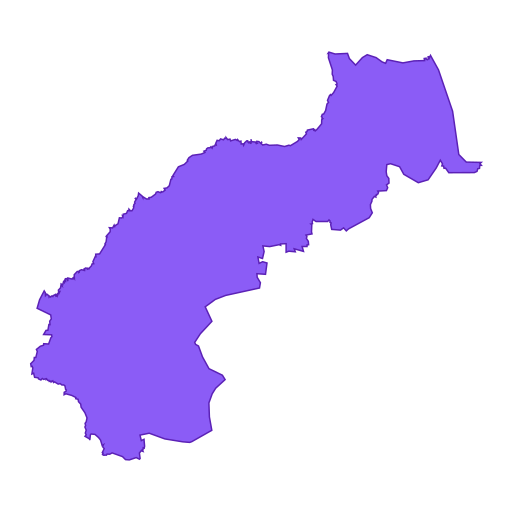 the district of Lanao del Norte, Lanao del Norte, Philippines
{"feature_id": "2640588B52014741175725", "entity_name": "Lanao del Norte", "entity_type": "district", "adm_level": 2, "iso_a3": "PHL", "parent_name": "Philippines", "parent_adm1": "Lanao del Norte", "projection": "equal_earth", "projection_center": [123.903, 8.014], "detail": "fine", "context": "isolated", "style": "filled", "palette": "violet", "viewbox_px": 512, "rotation_deg": 0, "n_neighbors": 0, "source": "geoboundaries", "source_scale": "gbopen_adm2", "svg_char_len": 5943}
<svg xmlns="http://www.w3.org/2000/svg" viewBox="0 0 512 512"><path d="M481.2,162.4L466.3,162.1L458.8,154.5L452.6,111.2L438.5,69.9L430.5,55.4L429.2,58.2L428.7,56.7L428.1,56.8L428.3,58.8L427.6,59.7L426.2,59.3L426.1,58.2L424.2,58.5L424.6,60.6L413.9,60.9L402.9,62.9L387.2,59.7L385.6,63.3L382.1,61.9L376.1,57.6L367.2,54.7L362.4,57.6L355.6,65.1L349.4,58.6L347.5,53.4L335.1,54.0L328.9,52.1L328.1,53.3L328.6,53.2L328.4,57.7L332.4,70.0L332.2,74.2L333.2,76.5L333.5,80.3L336.1,81.5L337.0,83.7L336.8,84.9L336.2,84.8L337.1,86.2L333.6,92.6L331.1,95.4L330.5,94.6L329.5,95.6L327.5,100.4L328.5,102.4L327.0,104.0L325.6,110.6L323.7,114.0L322.3,114.3L321.4,116.7L322.2,117.3L322.0,118.7L322.7,118.8L321.7,119.8L321.6,123.8L316.7,129.7L315.2,130.9L314.4,128.9L314.6,130.2L313.8,130.3L313.4,128.8L307.4,130.1L307.0,131.6L305.8,132.2L306.4,133.9L301.2,139.5L300.7,138.0L298.3,137.9L299.2,139.5L297.5,141.4L290.4,145.7L288.9,145.2L284.6,146.5L277.4,145.0L269.3,145.3L266.3,144.2L262.7,145.0L260.9,143.3L261.4,142.8L261.4,142.7L261.7,142.3L261.6,142.2L260.8,143.4L258.9,141.6L256.8,141.3L256.5,142.7L257.2,143.3L256.3,143.6L255.4,142.0L251.6,141.7L250.9,139.2L251.4,141.3L250.8,143.9L250.5,142.5L249.3,142.8L249.6,141.9L248.1,142.2L247.7,140.8L246.8,140.8L244.6,142.8L243.6,145.3L243.0,143.8L241.2,144.0L240.9,141.1L239.5,141.6L237.5,139.5L237.1,140.4L235.4,139.4L230.6,140.9L230.0,139.1L227.7,139.6L226.1,137.6L226.1,138.4L224.8,138.1L223.5,139.8L220.6,138.9L219.2,140.7L217.1,140.3L215.8,143.2L216.2,144.9L215.3,144.5L214.7,145.9L212.8,146.3L212.1,148.1L211.0,146.7L209.9,147.8L208.0,147.8L206.6,148.8L206.2,150.3L203.9,151.2L204.9,152.5L201.2,154.1L192.5,155.3L189.0,157.6L187.3,160.2L187.8,161.0L184.3,164.4L178.4,166.8L172.9,175.6L173.5,176.5L172.0,176.7L171.8,179.0L170.9,179.3L169.3,185.7L167.0,187.9L164.1,188.4L165.1,190.1L162.9,191.8L161.3,192.1L161.2,190.8L161.3,192.3L160.4,192.7L158.0,191.7L156.2,192.3L155.5,194.1L151.2,197.3L148.9,197.6L149.1,198.9L146.5,199.0L143.0,196.8L142.9,197.7L142.1,196.0L138.6,193.1L138.2,195.8L136.4,199.4L136.2,199.6L135.6,198.3L135.3,198.5L136.1,199.5L134.6,202.1L135.0,203.4L133.9,204.5L133.8,206.2L132.9,205.9L133.7,206.5L133.5,208.3L131.9,210.8L129.4,210.8L129.7,209.9L129.0,209.2L129.0,210.2L127.6,210.7L126.5,213.4L123.2,214.2L123.0,216.4L122.8,216.0L122.6,215.9L122.9,216.7L121.8,218.0L119.4,217.8L118.0,223.8L114.7,225.9L114.7,227.3L114.1,225.2L112.6,227.9L109.4,227.7L110.2,229.1L110.2,231.7L106.6,235.8L106.9,236.5L105.7,236.2L106.7,237.1L106.1,241.8L104.9,244.0L105.4,244.6L99.6,253.9L95.7,254.2L95.9,256.6L95.3,256.4L92.9,261.7L93.7,263.7L92.1,263.9L91.4,265.9L88.8,268.6L89.6,269.1L87.9,268.2L87.5,268.6L88.2,268.9L87.4,269.2L87.3,268.3L85.6,268.0L84.1,269.0L84.7,269.6L84.6,270.5L81.5,269.7L79.5,270.6L79.2,272.3L78.8,272.5L78.8,271.4L77.2,271.5L74.2,274.7L74.4,278.4L73.8,277.5L72.8,279.6L72.9,278.0L71.8,279.0L67.9,278.0L67.8,281.1L66.7,278.6L65.4,278.7L64.7,280.3L65.2,280.0L65.4,280.8L64.3,280.1L65.0,281.3L64.4,282.7L63.5,281.8L62.7,284.7L61.4,284.1L62.0,285.9L61.0,285.1L60.5,287.9L58.4,290.1L58.6,291.9L59.8,291.6L58.8,293.7L58.4,292.9L56.7,294.5L57.5,295.3L57.2,296.3L56.1,295.2L56.4,296.7L54.8,294.8L53.1,295.6L52.8,297.2L52.8,296.2L51.6,296.0L50.7,297.0L49.6,296.3L49.1,297.0L48.8,295.7L46.8,294.1L45.5,295.6L45.3,292.7L44.2,290.9L39.6,299.7L37.1,308.3L50.7,314.9L51.3,318.9L49.7,321.2L50.0,324.6L48.9,324.5L47.9,330.2L46.0,330.4L43.6,334.5L51.6,334.8L51.9,336.7L50.9,337.7L48.6,344.0L43.7,343.7L43.5,345.3L40.4,346.2L36.4,349.4L37.3,351.5L35.8,357.5L34.3,357.5L34.0,360.4L30.7,363.7L31.2,366.6L32.2,366.3L32.8,367.9L31.9,374.0L33.6,373.2L34.6,377.3L38.1,377.8L38.5,378.9L40.9,380.0L42.3,378.5L43.6,379.4L46.0,378.7L46.1,379.5L46.7,379.0L47.8,380.4L49.0,380.4L49.2,381.4L50.9,381.1L51.1,382.0L52.8,380.8L53.6,382.5L54.6,381.9L58.2,384.1L60.2,383.6L61.9,385.0L63.7,384.9L65.0,386.0L65.6,389.4L66.3,389.9L66.0,391.3L64.2,392.3L64.1,394.7L65.9,393.8L71.7,395.4L75.9,397.5L75.7,398.7L78.1,399.3L78.5,401.7L80.7,404.1L81.1,407.2L84.9,412.7L87.0,417.9L86.2,421.8L85.1,423.3L85.6,425.6L84.9,427.0L86.2,430.1L85.3,433.1L86.2,434.8L85.0,436.3L89.5,438.9L89.8,440.1L90.4,434.8L91.1,434.0L95.0,434.4L98.5,437.5L100.5,440.0L102.2,445.6L103.3,444.9L102.8,445.9L102.9,447.1L104.2,448.6L102.3,452.6L103.1,453.2L102.5,454.5L103.5,455.2L106.5,455.1L107.0,454.1L109.8,454.2L112.1,452.9L122.5,456.6L125.5,459.6L129.3,459.9L136.2,457.6L139.5,459.2L140.1,458.5L139.4,453.0L141.2,450.8L143.0,451.4L142.3,449.8L143.0,449.7L143.2,447.8L144.2,448.2L144.6,446.2L144.0,439.3L141.3,440.6L140.0,435.1L149.2,433.2L164.8,438.9L182.6,441.8L189.7,442.4L191.7,441.7L211.8,430.3L209.4,416.9L208.9,402.9L212.2,393.8L215.7,388.2L225.1,379.6L222.4,375.2L209.0,368.7L202.5,356.9L198.5,346.0L195.6,344.4L194.7,342.4L200.3,333.8L211.9,321.3L205.2,306.8L215.3,299.4L225.7,295.4L259.5,288.0L260.4,282.7L257.2,277.3L256.9,273.7L265.5,274.3L267.0,263.0L262.6,261.7L259.1,263.4L257.9,257.0L262.5,258.5L264.1,251.6L262.9,245.9L269.7,246.6L279.0,244.7L280.7,245.3L280.5,243.9L286.1,243.7L286.1,252.2L288.8,251.2L295.3,251.8L294.2,248.8L303.5,251.4L302.1,246.5L307.0,246.5L307.1,244.9L308.6,244.7L308.3,241.3L306.4,238.5L306.9,236.5L306.0,235.1L312.0,233.9L311.5,231.8L311.8,224.5L311.0,224.0L312.5,223.6L312.2,222.0L313.0,219.4L316.0,221.5L327.7,221.5L329.0,219.9L330.0,221.0L330.0,222.4L331.1,223.0L330.7,224.7L331.7,229.4L340.5,230.1L343.6,227.9L346.3,230.9L348.5,228.9L369.2,217.7L372.3,212.8L370.6,208.5L370.4,204.6L371.9,201.3L372.0,199.4L374.3,196.5L375.7,197.0L375.4,196.1L376.5,195.5L376.3,194.7L377.9,194.0L378.5,192.4L377.8,191.1L386.4,190.6L387.7,187.7L386.5,184.9L389.0,183.1L388.8,178.4L386.8,175.7L386.2,171.8L386.8,164.6L390.5,163.7L399.6,166.7L403.8,174.3L418.3,182.7L428.1,179.8L436.2,168.0L440.3,160.2L442.5,163.9L441.8,165.9L443.6,166.1L444.0,168.3L445.6,168.2L448.8,172.7L474.3,172.6L477.0,171.4L477.8,168.7L479.5,168.4L479.8,165.3L481.3,165.3L479.9,163.6L481.2,162.4Z" fill="#8b5cf6" stroke="#5b21b6" stroke-width="1.5"/></svg>